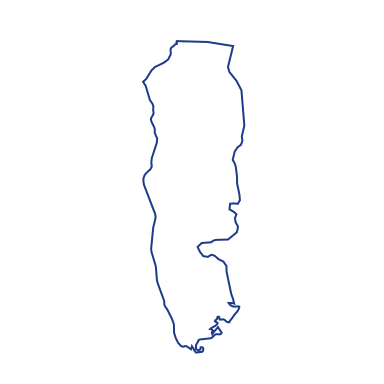 Mtwara, orthographic projection, rotated 108°
{"feature_id": "TZA-3388", "entity_name": "Mtwara", "entity_type": "Region", "adm_level": 1, "iso_a3": "TZA", "parent_name": "United Republic of Tanzania", "parent_adm1": "", "projection": "orthographic", "projection_center": [39.572, -10.772], "detail": "fine", "context": "isolated", "style": "outline", "palette": "blue", "viewbox_px": 384, "rotation_deg": 108, "n_neighbors": 0, "source": "natural_earth", "source_scale": "10m", "svg_char_len": 2564}
<svg xmlns="http://www.w3.org/2000/svg" viewBox="0 0 384 384"><g transform="rotate(108 192 192)"><path d="M341.9,154.7L339.9,158.4L336.0,162.3L331.5,165.5L323.5,168.3L318.9,171.8L311.6,179.0L309.2,182.1L307.8,183.5L304.3,184.7L288.9,196.8L286.6,198.1L273.8,203.5L261.5,212.0L258.4,213.4L237.7,217.9L228.2,218.6L226.1,219.3L224.1,220.4L200.0,239.9L197.1,241.4L194.0,242.4L190.8,242.3L188.2,241.4L183.2,238.6L180.3,238.1L176.5,239.8L172.2,240.7L156.1,240.7L152.0,241.6L148.7,244.5L146.5,246.1L143.9,246.7L142.3,247.8L137.4,252.5L135.2,253.7L133.8,253.6L131.2,253.0L129.7,252.8L128.4,253.1L125.9,254.3L122.2,255.3L120.2,257.0L117.5,260.5L105.4,268.8L102.3,272.6L98.7,270.5L88.9,268.1L84.5,265.8L77.7,258.7L73.3,255.6L67.6,254.8L66.4,255.1L63.7,256.3L62.2,256.5L60.8,256.1L58.4,254.3L57.2,253.9L56.8,253.7L56.1,252.6L55.9,252.2L55.1,252.3L54.5,252.6L54.1,252.9L54.1,253.1L53.2,253.1L44.5,223.5L40.5,198.0L62.1,196.4L66.4,193.4L72.4,184.2L80.0,176.4L112.8,162.7L123.8,161.8L127.7,159.9L131.9,160.0L135.5,162.5L140.3,163.9L148.9,163.2L151.2,160.6L154.5,158.1L164.1,153.7L169.8,151.8L180.0,146.0L185.0,143.9L189.1,144.8L189.9,148.7L191.4,152.1L196.9,151.0L198.1,145.7L199.5,142.8L203.5,143.1L207.3,141.2L210.5,137.7L213.6,137.1L216.6,137.0L226.1,143.1L230.2,154.6L231.9,156.9L233.9,158.2L237.5,167.0L242.5,169.7L246.6,165.8L249.5,161.4L248.8,156.9L245.7,154.2L245.6,150.8L247.7,146.0L248.5,140.6L251.7,136.4L256.9,134.6L276.8,123.2L281.1,119.9L285.1,117.4L285.1,119.0L286.2,122.8L287.4,121.3L288.1,119.2L288.1,117.0L287.5,115.1L286.4,112.6L286.6,111.5L288.1,111.4L290.5,111.7L292.3,112.3L296.1,113.9L298.5,114.5L303.4,116.3L304.0,116.2L304.4,116.4L304.8,117.7L304.6,119.4L303.7,121.0L303.4,122.9L304.4,125.0L304.7,126.2L303.8,126.8L302.6,127.3L302.3,128.1L302.9,129.1L303.5,129.2L304.2,128.9L304.8,128.8L306.8,130.1L307.8,130.3L308.2,129.3L308.3,128.0L308.7,127.2L309.5,127.1L310.8,127.6L312.3,128.7L315.1,131.3L316.7,132.3L316.6,131.2L316.8,130.4L317.2,129.7L317.5,128.8L318.5,129.5L319.2,129.7L320.0,129.5L320.9,128.8L318.9,128.2L312.5,125.5L316.7,120.3L318.3,120.8L319.0,122.2L319.4,124.0L320.0,125.5L321.1,126.4L323.9,127.7L325.2,128.8L325.8,130.0L329.8,138.9L331.0,140.1L331.4,139.9L335.5,140.7L336.1,140.9L340.1,139.8L340.7,137.3L339.2,135.4L337.0,135.8L336.5,134.3L336.9,133.2L338.0,132.6L339.6,132.4L340.7,132.8L341.3,133.8L341.7,135.1L342.4,136.2L343.5,138.5L342.3,140.5L340.3,142.4L338.7,144.4L339.5,144.3L341.1,144.4L341.9,144.4L340.6,148.6L340.4,150.0L340.7,151.0L341.4,151.9L342.0,153.1L341.9,154.7Z" fill="none" stroke="#1e3a8a" stroke-width="2"/></g></svg>